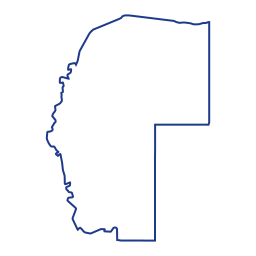 Omaheke, Robinson projection
{"feature_id": "NAM-3353", "entity_name": "Omaheke", "entity_type": "Region", "adm_level": 1, "iso_a3": "NAM", "parent_name": "Namibia", "parent_adm1": "", "projection": "robinson", "projection_center": [18.894, -22.054], "detail": "fine", "context": "isolated", "style": "outline", "palette": "blue", "viewbox_px": 256, "rotation_deg": 0, "n_neighbors": 0, "source": "natural_earth", "source_scale": "10m", "svg_char_len": 3251}
<svg xmlns="http://www.w3.org/2000/svg" viewBox="0 0 256 256"><path d="M209.2,22.1L209.2,23.6L209.2,31.4L209.2,39.2L209.2,47.0L209.2,54.7L209.2,62.5L209.2,66.1L209.2,69.7L209.2,73.3L209.2,76.8L209.2,80.4L209.2,84.0L209.2,87.6L209.2,91.2L209.2,94.8L209.2,98.4L209.2,101.9L209.2,105.5L209.2,109.1L209.2,112.7L209.2,116.3L209.2,119.9L209.2,122.4L208.5,124.7L205.4,124.7L192.8,124.7L180.2,124.7L167.7,124.7L155.1,124.7L155.1,130.1L155.1,139.4L155.1,148.8L155.0,158.1L155.0,167.5L155.0,178.2L155.0,188.9L155.0,199.6L155.0,206.1L155.0,210.3L155.0,221.0L155.0,231.7L155.0,240.6L120.9,240.5L117.2,240.0L117.0,228.9L116.7,228.3L116.2,227.8L115.0,227.5L114.1,227.6L113.5,227.9L111.1,231.3L110.8,231.5L110.6,231.7L105.6,231.4L104.5,231.3L104.3,230.8L104.4,230.3L104.6,229.8L104.7,229.4L104.3,229.2L101.4,229.1L100.9,229.1L90.9,233.4L90.2,233.5L85.8,232.6L84.8,232.3L83.9,231.7L81.3,228.7L80.7,228.2L80.1,227.8L79.6,228.0L79.0,228.4L78.1,229.4L77.8,229.7L77.5,229.4L72.6,219.0L72.6,218.2L75.8,209.6L76.0,208.9L75.9,208.3L75.4,207.7L67.9,201.0L67.5,200.4L67.6,199.6L67.8,198.9L68.1,198.2L68.6,197.8L69.1,197.6L72.1,197.4L72.6,197.1L73.0,196.7L72.5,194.7L72.0,193.2L71.8,192.7L71.5,192.5L71.0,192.4L69.8,192.3L69.2,192.1L68.7,191.9L67.6,190.3L66.8,189.8L66.5,189.3L66.3,188.7L66.2,188.1L66.2,187.5L66.6,187.1L66.9,186.9L69.3,185.9L69.7,185.6L69.9,185.3L70.0,184.7L70.1,183.5L70.1,182.9L70.0,182.5L69.5,182.6L65.8,184.1L65.2,184.1L64.8,183.7L64.7,177.1L64.5,175.3L63.0,170.4L62.8,169.2L62.1,162.7L60.5,154.6L60.4,154.2L60.1,154.0L59.7,154.3L58.0,155.7L57.9,155.8L56.5,154.6L56.0,154.2L55.9,153.8L56.3,153.3L58.1,152.3L58.3,151.9L57.9,151.5L56.8,150.6L56.1,149.7L54.7,147.2L54.3,146.8L53.9,146.5L51.8,146.5L51.1,146.3L50.4,145.7L48.7,143.2L47.2,139.9L46.9,138.9L46.8,138.0L47.3,132.4L47.6,131.9L48.0,131.7L48.5,131.7L49.3,131.7L49.9,131.6L51.8,130.8L52.3,130.3L52.6,129.8L52.5,128.8L52.4,128.2L52.1,127.7L51.9,127.3L52.1,126.8L53.6,124.4L54.1,123.3L54.5,122.9L54.9,122.6L55.3,122.3L55.6,121.7L55.5,120.3L55.3,119.8L55.1,119.5L54.8,119.4L54.6,119.2L54.4,118.9L54.0,118.1L53.6,117.7L52.8,116.8L52.6,116.6L52.5,116.4L52.3,116.1L52.4,115.6L52.6,114.9L53.4,113.2L54.8,111.5L55.5,110.0L55.0,106.3L55.7,105.7L59.1,104.0L60.2,103.2L61.7,101.2L61.9,100.4L61.9,99.6L61.4,97.0L61.6,95.2L61.6,94.8L61.5,94.2L61.3,93.5L61.3,93.3L61.3,92.9L62.7,92.1L62.9,91.5L62.9,90.9L62.6,88.3L62.6,87.6L62.7,87.1L63.5,86.3L63.6,85.7L63.5,85.1L63.1,83.1L62.9,82.7L62.7,82.5L61.8,82.8L60.7,82.9L60.2,82.8L59.9,82.7L59.8,82.2L59.9,79.4L60.1,78.2L60.5,77.7L61.1,77.3L61.7,77.1L62.2,77.0L62.7,77.1L68.4,78.7L68.6,78.7L68.5,78.2L67.7,76.6L67.5,76.0L67.5,75.4L67.5,74.8L67.9,74.4L69.9,73.1L70.6,72.5L70.8,71.9L71.0,71.3L71.1,70.1L71.1,69.6L71.0,69.3L70.5,69.3L68.8,69.7L68.3,69.8L68.1,69.7L68.1,69.1L68.3,67.2L68.9,64.9L69.9,64.1L73.8,63.2L74.7,63.1L75.2,63.6L75.6,64.0L76.0,64.7L77.4,61.5L77.8,60.3L79.5,51.7L79.8,50.8L89.4,33.5L91.0,31.6L92.9,29.9L93.4,29.5L119.3,18.9L121.0,18.0L122.7,16.2L123.8,15.7L125.3,15.4L128.5,15.4L129.9,15.5L173.7,20.9L174.6,21.2L176.0,21.9L177.1,22.3L179.5,22.8L180.6,22.8L182.5,22.5L184.7,22.5L190.5,23.3L193.2,24.2L195.3,24.4L199.0,24.2L199.8,24.0L202.7,23.1L206.2,22.9L206.9,22.7L207.9,22.2L209.2,22.1L209.2,22.1Z" fill="none" stroke="#1e3a8a" stroke-width="2"/></svg>